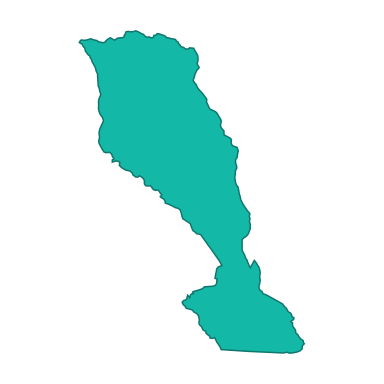 João Lisboa, Maranhão, Brazil, rotated 278°
{"feature_id": "56859067B36370220968900", "entity_name": "João Lisboa", "entity_type": "district", "adm_level": 2, "iso_a3": "BRA", "parent_name": "Brazil", "parent_adm1": "Maranhão", "projection": "mercator", "projection_center": [-47.137, -5.24], "detail": "fine", "context": "isolated", "style": "filled", "palette": "teal", "viewbox_px": 384, "rotation_deg": 278, "n_neighbors": 0, "source": "geoboundaries", "source_scale": "gbopen_adm2", "svg_char_len": 4501}
<svg xmlns="http://www.w3.org/2000/svg" viewBox="0 0 384 384"><g transform="rotate(278 192 192)"><path d="M200.0,139.6L199.1,141.1L198.1,142.3L196.3,143.4L194.6,143.5L193.1,143.9L191.8,145.2L191.8,147.7L192.5,149.9L190.7,151.8L189.0,153.4L188.5,155.5L189.3,157.3L188.7,158.8L187.2,160.1L184.9,162.5L182.9,161.2L181.9,162.8L181.1,165.0L179.4,166.5L177.3,167.1L176.5,171.1L175.5,174.2L174.9,175.8L174.1,178.1L174.0,180.1L172.9,182.5L171.1,183.6L169.4,184.4L167.7,185.1L165.7,185.8L164.0,186.9L163.5,188.4L162.5,190.3L161.6,192.4L160.2,194.9L158.0,195.9L155.7,197.2L153.7,198.5L153.1,200.1L151.3,202.5L151.3,204.7L150.9,206.6L144.3,212.9L141.5,215.5L139.1,217.9L127.8,228.5L123.3,231.9L121.7,228.8L119.3,227.1L117.6,227.2L113.9,226.9L109.6,226.8L109.5,228.8L107.5,229.0L104.2,229.0L102.4,227.6L101.5,225.4L100.5,220.5L99.7,217.2L97.9,216.1L96.6,213.8L95.0,210.4L94.2,208.5L93.2,206.6L91.6,207.5L91.2,206.0L89.7,204.7L87.0,204.5L89.2,202.1L87.2,201.7L85.7,201.9L84.1,200.6L83.4,198.8L81.3,197.6L79.1,199.1L78.2,200.7L76.0,202.5L75.7,205.7L75.2,208.8L73.4,210.5L72.8,212.4L72.0,214.0L69.9,215.9L66.4,217.1L63.2,217.1L61.7,217.7L59.9,220.3L57.4,221.7L56.4,223.4L56.1,224.9L54.1,225.6L52.5,227.9L51.6,229.6L49.9,230.2L49.9,232.4L50.9,234.8L49.3,235.8L46.5,237.7L45.4,238.8L42.4,241.4L40.0,242.8L42.1,271.1L44.6,297.1L45.1,302.8L45.4,305.4L46.5,307.8L46.0,311.4L47.0,315.0L48.0,317.9L48.8,319.4L49.9,321.3L52.1,322.9L55.1,322.7L57.4,324.4L58.4,323.2L60.3,322.8L61.7,320.0L63.5,318.1L65.2,316.9L67.2,314.2L69.5,313.8L71.3,312.2L72.5,311.0L74.1,310.0L76.4,309.8L77.4,307.9L78.7,308.8L79.7,310.3L81.6,310.5L82.4,308.5L84.6,307.5L86.0,306.2L86.7,304.0L89.0,302.4L90.4,301.1L91.2,299.8L92.6,298.3L93.9,297.0L100.6,279.5L101.1,276.4L103.2,275.2L104.2,273.2L105.8,271.9L108.0,271.4L111.0,271.8L114.1,271.8L116.4,271.2L118.2,270.7L120.5,270.9L123.4,270.3L125.5,269.4L126.9,268.7L128.9,266.9L130.9,265.4L132.9,263.2L125.1,260.3L127.5,258.5L130.1,257.0L132.5,255.8L134.2,254.1L137.0,252.9L139.2,251.1L140.7,250.2L142.7,249.5L146.6,249.0L148.7,248.7L151.6,248.2L153.6,249.4L154.5,250.7L156.1,252.2L158.5,253.6L162.0,254.3L163.9,254.9L165.8,254.4L168.1,254.2L170.5,253.0L172.2,253.1L173.8,253.1L175.9,252.1L178.3,252.4L179.7,251.4L180.6,250.0L183.1,247.8L185.0,246.0L187.4,243.9L188.8,243.0L190.8,241.5L194.3,240.3L197.2,238.9L199.5,238.2L201.4,237.6L203.5,236.8L205.1,235.0L207.0,234.0L208.6,233.4L212.8,232.3L215.2,232.4L217.6,232.2L219.4,232.1L221.7,233.0L224.2,232.5L226.5,231.3L228.4,230.8L230.4,230.8L232.4,231.9L235.6,231.8L239.0,232.1L240.7,231.4L242.5,230.4L243.0,227.8L243.5,225.4L246.2,223.9L249.4,223.7L250.8,222.0L252.0,218.7L252.9,215.9L255.5,215.3L257.0,215.1L258.5,213.2L260.6,211.3L263.0,210.9L265.9,211.2L268.1,210.3L271.1,207.5L272.5,206.7L274.2,205.1L275.3,202.6L276.0,200.5L276.5,198.3L278.5,196.8L280.5,195.6L283.2,193.8L285.7,193.8L287.1,192.6L288.4,191.4L289.8,190.0L291.6,188.1L293.3,185.9L296.1,182.9L297.6,181.9L299.2,181.1L300.6,179.2L302.5,177.6L304.4,177.9L306.2,178.4L308.7,178.4L311.8,179.5L313.6,180.0L315.0,181.2L316.4,181.8L317.7,180.6L319.8,179.1L322.0,179.6L323.6,179.6L325.5,179.3L327.8,178.7L329.9,177.3L332.1,175.4L334.6,173.7L334.5,171.3L334.4,169.6L332.8,167.7L332.8,165.6L334.0,163.5L334.3,161.0L335.8,159.8L337.1,158.0L338.6,157.3L339.3,155.5L340.7,154.5L341.0,152.6L340.9,150.3L341.3,148.2L341.3,145.4L342.8,143.6L343.6,139.7L344.0,137.7L344.0,135.5L342.2,134.2L341.8,132.5L339.6,132.2L338.9,130.1L339.7,127.9L339.0,126.2L339.5,124.1L341.3,122.1L341.9,119.6L343.0,117.1L343.8,113.9L342.6,111.5L342.0,108.8L342.2,106.5L341.5,104.4L339.3,103.9L337.9,103.2L335.8,103.0L335.1,101.6L334.7,99.2L333.9,96.7L331.6,94.2L332.2,92.3L333.4,89.6L332.0,87.8L330.3,86.1L328.4,85.0L327.5,83.6L327.7,78.5L328.8,76.7L329.0,73.0L329.7,70.6L327.9,66.7L327.1,63.7L327.3,61.9L326.6,60.5L324.3,59.6L323.1,62.6L320.8,64.2L319.9,65.6L316.8,66.8L313.6,69.8L312.4,72.0L310.8,72.5L309.1,74.1L307.1,75.0L301.7,79.0L298.0,80.5L296.1,81.9L283.8,84.4L282.2,85.5L278.8,86.7L276.1,88.1L273.4,87.5L271.1,86.9L268.6,86.8L264.2,87.6L262.3,87.6L259.9,88.3L257.0,89.7L255.2,91.1L253.6,92.8L250.7,94.3L249.2,94.2L242.8,92.3L240.6,91.8L237.5,91.7L233.1,92.9L230.0,92.5L227.7,93.0L226.1,94.0L221.6,97.3L219.3,99.4L219.0,101.4L219.8,105.1L218.2,107.2L216.5,108.0L213.9,110.1L212.7,108.6L210.5,108.9L212.1,112.3L212.2,114.1L211.4,116.4L208.2,116.4L206.3,118.9L204.5,123.2L204.1,127.8L202.4,130.2L200.6,131.2L199.0,134.2L199.2,136.3L200.7,137.6L200.0,139.6Z" fill="#14b8a6" stroke="#0f766e" stroke-width="1.5"/></g></svg>